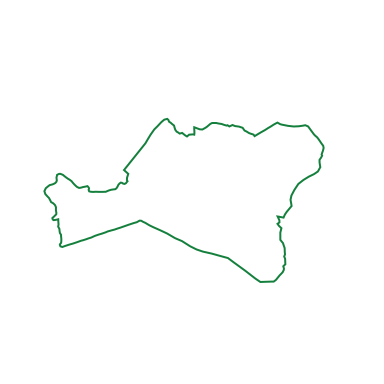 Svay Rieng, Svay Rieng, Cambodia (Natural Earth projection), rotated 126°
{"feature_id": "14789045B88579584003183", "entity_name": "Svay Rieng", "entity_type": "district", "adm_level": 2, "iso_a3": "KHM", "parent_name": "Cambodia", "parent_adm1": "Svay Rieng", "projection": "natural_earth1", "projection_center": [105.819, 11.091], "detail": "fine", "context": "isolated", "style": "outline", "palette": "green", "viewbox_px": 384, "rotation_deg": 126, "n_neighbors": 0, "source": "geoboundaries", "source_scale": "gbopen_adm2", "svg_char_len": 3314}
<svg xmlns="http://www.w3.org/2000/svg" viewBox="0 0 384 384"><g transform="rotate(126 192 192)"><path d="M312.7,264.6L310.2,262.9L306.6,260.3L303.7,258.0L299.6,255.1L296.5,253.0L295.2,251.9L292.5,249.9L290.7,248.7L288.0,246.7L284.6,244.8L281.2,242.4L278.6,240.4L275.0,237.9L273.7,237.2L270.9,235.0L267.7,232.4L265.5,230.9L262.8,228.9L258.9,226.2L255.0,223.5L251.0,220.6L248.9,218.9L246.0,217.6L245.1,216.2L244.9,214.0L244.4,211.7L244.0,207.0L243.3,203.0L241.7,195.5L240.2,187.7L239.3,178.6L237.6,171.2L237.0,161.6L235.8,154.5L233.8,148.1L230.3,140.0L226.9,130.9L224.3,124.1L224.4,116.7L224.4,102.8L224.8,89.8L224.6,83.8L222.1,80.6L218.9,76.5L216.4,73.2L214.7,72.7L213.6,72.4L208.0,72.1L203.7,71.5L201.2,71.9L199.9,72.6L198.4,74.5L195.6,74.0L193.6,75.6L191.3,77.4L190.0,79.5L187.8,80.1L186.1,81.6L182.9,84.1L180.8,87.1L179.9,88.3L178.8,92.4L172.9,96.7L168.7,98.4L168.3,101.6L167.5,104.1L165.2,103.4L163.5,104.7L161.5,108.3L160.7,106.8L160.3,105.8L159.7,104.6L158.9,102.9L155.6,103.6L152.3,103.7L147.9,103.4L144.8,103.2L143.0,105.0L140.4,107.7L136.4,109.5L130.1,110.4L123.0,110.7L116.7,108.9L110.9,106.5L105.8,103.8L101.4,102.2L96.5,102.8L93.3,106.0L91.1,107.7L88.2,107.8L86.1,108.1L85.6,109.1L84.5,109.5L83.5,109.8L81.4,110.4L79.0,111.4L77.5,113.0L76.7,115.6L75.6,118.6L74.7,121.2L74.2,123.0L74.0,125.6L73.7,127.2L72.1,132.3L70.7,136.6L71.4,139.6L73.4,141.5L76.0,144.2L79.2,148.2L82.0,153.1L84.6,158.7L85.3,160.5L85.6,163.6L87.1,164.4L89.2,165.4L92.8,166.8L95.5,168.0L98.9,169.3L103.0,171.2L110.0,174.2L109.4,175.9L110.8,180.4L111.0,183.3L111.4,185.6L110.3,188.8L111.5,192.5L113.4,196.0L114.0,198.6L117.0,200.3L117.1,202.5L117.9,203.0L118.7,205.1L119.6,208.1L121.0,210.8L122.0,213.1L124.4,216.3L126.1,217.2L127.8,217.6L130.6,218.3L132.0,218.8L135.3,220.3L136.7,222.5L137.6,225.6L138.3,228.2L139.5,227.4L140.8,226.3L143.0,224.6L144.3,223.9L144.9,225.2L147.3,228.0L150.0,228.7L150.2,230.9L150.0,234.7L152.0,236.3L152.0,238.4L152.2,239.9L151.5,242.1L150.1,244.0L148.8,245.6L148.7,248.3L148.5,249.9L148.6,251.9L147.6,253.4L147.4,255.0L148.5,255.9L149.7,256.9L151.0,257.3L153.7,257.9L159.3,258.6L163.5,259.3L170.0,259.2L174.9,258.8L180.0,258.3L214.2,259.9L214.8,254.2L218.5,253.0L220.7,251.6L221.2,250.5L222.2,250.6L223.7,250.6L225.1,251.3L225.7,252.7L225.7,253.8L226.2,255.1L227.6,255.6L229.5,255.8L231.5,255.4L233.4,255.3L234.8,255.7L236.2,257.2L237.8,258.8L239.8,260.3L242.5,261.9L244.2,264.1L246.7,267.5L248.3,269.9L250.1,272.1L251.4,274.2L251.9,275.6L251.0,276.9L249.7,277.3L249.1,278.2L248.7,280.0L250.3,281.4L252.1,283.1L253.9,284.5L255.1,285.8L255.5,288.2L255.1,291.4L254.5,294.2L254.0,295.8L254.0,298.1L254.2,300.4L254.2,302.2L254.2,303.4L254.1,305.0L254.0,306.5L254.7,309.2L255.5,310.2L257.4,311.2L260.0,310.1L262.2,308.1L263.6,307.7L265.2,307.9L267.2,308.9L268.3,309.7L270.1,311.2L271.1,311.5L272.9,312.0L274.9,312.5L278.1,311.9L279.9,309.4L280.5,306.6L280.9,304.2L281.7,302.5L283.0,300.0L282.7,297.7L283.1,295.1L284.3,293.1L286.7,291.4L288.7,289.4L289.9,288.7L291.5,289.0L293.6,289.3L294.9,289.7L295.7,289.2L296.2,287.6L295.3,286.5L293.8,285.1L292.7,284.2L294.6,282.7L296.7,280.9L298.7,279.9L299.8,277.6L301.3,276.3L302.8,274.8L303.6,272.8L304.8,271.9L306.2,270.6L307.5,269.6L308.8,268.7L310.1,268.0L311.5,268.1L312.4,267.9L313.3,266.5L312.7,264.6Z" fill="none" stroke="#15803d" stroke-width="2"/></g></svg>